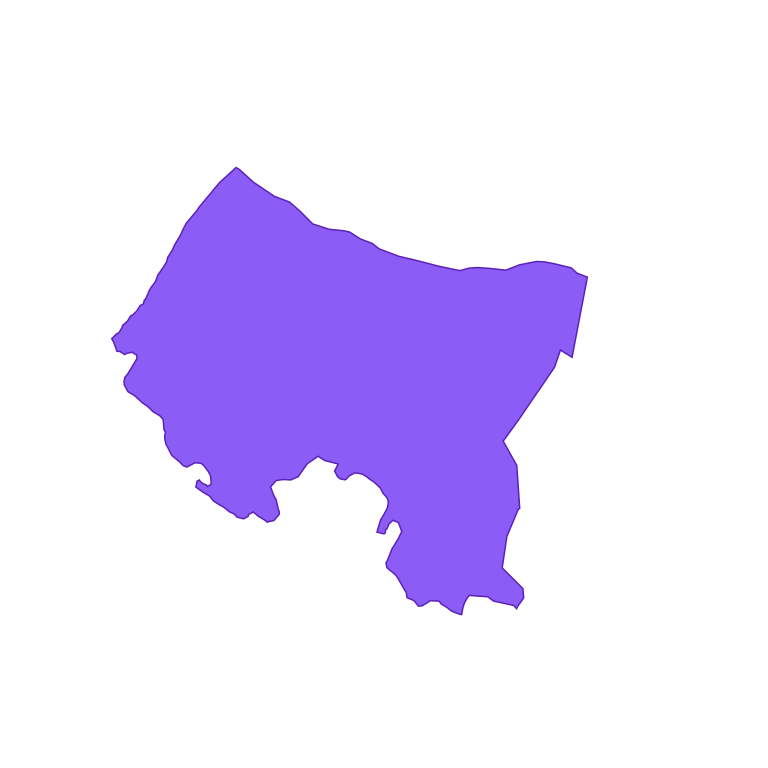 outline of Sidfa, Asyut, Egypt, rotated 332°
{"feature_id": "37247803B72914028370389", "entity_name": "Sidfa", "entity_type": "district", "adm_level": 2, "iso_a3": "EGY", "parent_name": "Egypt", "parent_adm1": "Asyut", "projection": "equal_earth", "projection_center": [31.35, 26.943], "detail": "fine", "context": "isolated", "style": "filled", "palette": "violet", "viewbox_px": 768, "rotation_deg": 332, "n_neighbors": 0, "source": "geoboundaries", "source_scale": "gbopen_adm2", "svg_char_len": 3435}
<svg xmlns="http://www.w3.org/2000/svg" viewBox="0 0 768 768"><g transform="rotate(332 384 384)"><path d="M164.9,216.1L164.9,220.5L163.6,229.8L166.2,231.4L168.8,236.2L171.4,236.2L176.6,237.8L177.4,239.3L179.2,242.5L177.8,245.6L164.8,253.4L162.2,254.9L158.3,256.5L155.7,259.6L154.3,262.7L154.3,270.6L158.2,276.9L162.1,287.9L164.7,292.6L167.2,300.4L171.1,306.7L172.4,311.5L171.1,314.6L168.4,320.8L168.4,324.0L167.1,325.5L165.8,327.1L164.5,330.2L163.2,334.9L163.2,341.2L163.1,347.5L164.4,350.6L165.7,353.8L167.0,356.9L168.3,361.6L170.9,364.8L178.7,364.8L180.0,364.8L185.2,368.0L186.5,371.1L187.8,379.0L187.7,383.7L185.1,390.0L183.8,391.5L182.5,391.5L181.2,391.5L179.9,391.5L179.9,389.9L178.6,388.4L177.3,386.8L176.0,383.6L176.0,382.1L173.4,382.0L172.1,383.6L170.8,385.2L169.5,386.7L173.4,394.6L177.3,400.9L178.5,407.2L181.1,411.9L185.0,418.2L187.6,424.5L190.2,427.6L191.5,430.8L191.5,432.3L196.7,437.1L198.0,437.1L201.9,437.1L203.2,435.6L208.4,435.6L211.0,441.9L214.8,448.2L216.1,451.3L217.4,451.3L222.6,452.9L226.5,451.4L230.5,449.8L231.8,446.7L231.8,445.2L233.1,440.4L233.7,438.1L234.4,435.8L234.4,432.6L234.4,429.5L235.4,423.1L235.4,421.6L243.6,418.6L248.7,420.5L250.8,421.4L255.0,423.9L256.8,425.0L260.5,425.2L263.3,425.4L264.6,425.6L276.4,419.6L278.7,418.4L291.9,416.9L295.6,423.6L306.0,433.1L299.5,437.7L299.5,444.0L300.7,447.1L304.6,450.3L305.9,450.3L309.9,448.8L316.4,448.8L319.0,450.4L319.9,451.2L321.2,452.2L322.8,453.6L325.4,458.3L326.7,461.4L329.3,466.2L331.9,474.0L331.9,480.3L333.1,485.0L333.1,488.1L331.8,491.3L330.5,492.8L328.5,495.2L322.7,499.1L317.5,502.2L314.1,505.5L309.6,510.0L308.3,511.5L313.5,516.2L314.8,516.3L317.4,513.1L318.7,513.2L322.6,510.0L327.8,508.5L331.7,513.2L330.4,522.6L323.9,527.3L316.0,532.0L313.4,533.5L304.3,541.3L301.7,542.9L300.4,547.6L301.6,550.7L302.9,553.8L304.2,557.0L304.9,559.5L305.0,561.7L305.2,566.4L305.3,568.0L305.4,572.7L305.7,578.5L304.1,583.6L308.8,589.3L310.1,596.2L313.4,597.8L314.5,597.7L318.4,597.5L321.0,597.3L323.6,597.1L324.6,597.9L330.8,601.7L331.2,604.9L334.8,611.1L335.8,613.3L336.6,615.2L337.1,616.4L338.3,617.8L341.0,621.0L343.1,623.0L344.3,624.1L346.0,622.0L347.2,620.4L348.7,618.5L350.0,617.4L351.7,615.5L356.2,612.5L360.0,610.7L362.6,612.3L368.7,616.2L375.5,620.4L376.2,621.5L378.7,627.0L382.0,629.8L385.8,633.0L392.6,638.8L394.6,640.4L395.6,644.6L397.3,643.3L406.9,638.5L410.6,629.8L402.0,601.9L420.1,577.4L421.0,576.2L443.7,557.7L445.4,557.6L463.0,518.2L462.4,490.4L482.0,480.8L486.5,478.6L506.8,467.9L519.9,461.1L542.5,449.2L555.7,436.9L562.6,448.7L590.8,413.6L611.6,387.8L612.9,386.1L613.7,384.9L612.8,384.1L606.7,377.0L606.6,376.9L606.5,376.7L603.8,369.3L598.6,364.7L591.1,358.0L583.3,351.7L576.4,347.5L559.6,342.4L545.0,340.7L532.3,332.0L520.6,324.7L513.1,321.5L504.2,319.5L492.4,309.7L487.4,305.5L470.5,290.0L456.9,278.1L443.0,262.2L439.7,254.4L433.6,247.5L431.2,244.8L425.1,233.8L420.6,229.9L408.0,221.5L396.2,209.2L390.9,191.8L386.0,179.0L375.4,167.0L363.4,144.4L356.9,126.4L355.0,123.4L333.2,129.0L330.5,130.1L324.9,132.4L303.2,141.3L300.6,142.9L292.8,146.0L285.0,149.1L278.4,153.7L274.5,156.8L266.7,161.5L264.1,163.1L260.2,166.2L252.3,170.8L249.7,173.9L244.5,177.0L235.4,181.7L230.1,186.4L223.6,189.4L221.0,191.0L213.2,197.2L211.9,197.2L209.3,200.3L205.4,200.3L200.1,203.4L194.9,205.0L192.3,204.9L187.1,208.0L180.6,209.6L179.3,211.1L176.7,212.7L174.1,214.2L171.4,214.2L166.2,215.8L164.9,216.1Z" fill="#8b5cf6" stroke="#5b21b6" stroke-width="1.5"/></g></svg>